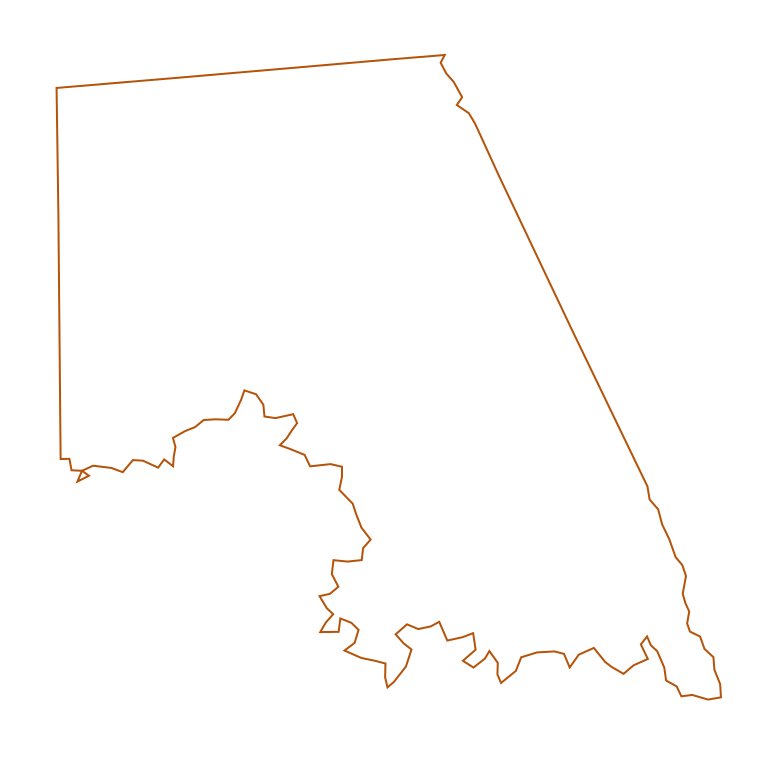 the district of Vera Cruz do Oeste, Paraná, Brazil, rotated 178°
{"feature_id": "56859067B99873353532252", "entity_name": "Vera Cruz do Oeste", "entity_type": "district", "adm_level": 2, "iso_a3": "BRA", "parent_name": "Brazil", "parent_adm1": "Paraná", "projection": "albers", "projection_center": [-53.935, -24.996], "detail": "fine", "context": "isolated", "style": "outline", "palette": "amber", "viewbox_px": 768, "rotation_deg": 178, "n_neighbors": 0, "source": "geoboundaries", "source_scale": "gbopen_adm2", "svg_char_len": 1916}
<svg xmlns="http://www.w3.org/2000/svg" viewBox="0 0 768 768"><g transform="rotate(178 384 384)"><path d="M709.8,320.3L701.0,320.2L699.3,308.7L688.8,307.8L677.6,312.5L659.3,309.6L648.2,305.0L637.6,316.7L627.6,315.8L612.7,308.3L606.3,316.3L597.7,309.2L596.6,318.8L594.6,328.3L596.8,337.5L584.6,343.8L574.4,347.5L565.4,354.3L553.6,354.6L540.7,353.7L534.1,360.0L527.5,372.9L523.7,382.5L512.2,378.2L505.3,367.5L504.6,355.7L493.7,353.7L475.8,357.0L472.2,347.9L477.5,341.1L483.2,333.1L490.2,326.4L480.5,322.5L465.8,315.9L460.7,304.3L440.2,305.8L428.9,302.8L429.2,292.9L432.4,279.8L419.4,265.4L416.7,255.9L411.6,241.3L402.8,229.0L410.6,220.7L412.4,208.8L426.7,207.8L440.6,209.7L442.8,195.9L436.7,183.0L445.3,176.2L455.8,174.2L448.9,161.8L442.8,155.7L450.6,147.5L456.3,138.3L438.0,137.9L435.8,151.2L425.0,146.5L418.0,139.2L422.4,126.3L432.8,119.0L416.2,111.0L402.3,107.6L392.3,104.6L393.1,90.8L391.1,80.7L384.5,85.9L371.9,100.9L365.8,117.7L373.6,124.3L381.1,133.4L369.4,143.0L358.3,137.9L345.8,140.1L337.1,144.4L329.7,125.4L314.4,128.2L303.6,131.9L301.7,115.3L314.8,104.6L304.4,97.5L292.7,106.1L288.0,113.4L280.0,101.3L280.8,89.9L277.5,81.1L262.2,92.7L256.4,106.1L240.5,110.4L223.0,110.8L213.5,108.0L208.3,94.2L198.8,106.7L183.5,112.9L172.7,98.5L166.4,93.3L154.7,86.0L144.3,94.2L129.9,100.0L136.4,114.8L129.9,122.5L126.4,113.5L120.3,107.5L113.8,90.9L112.4,77.8L102.1,71.6L97.7,61.5L86.8,62.5L71.2,57.3L58.2,59.1L58.5,72.2L63.8,87.0L64.3,99.5L73.0,108.1L76.9,120.6L86.9,125.9L89.4,134.1L86.9,146.0L90.3,154.1L92.8,163.8L88.9,181.6L92.2,192.6L98.6,200.8L104.2,218.6L110.9,233.9L114.4,249.2L122.6,259.3L124.3,272.6L127.8,280.4L194.0,430.9L261.8,587.9L279.3,630.0L284.0,641.2L289.8,651.7L301.5,660.3L295.9,667.9L303.7,683.3L310.9,692.1L316.2,703.1L311.8,710.7L363.3,708.3L570.8,697.7L700.9,691.3L703.5,564.9L709.8,320.3ZM688.8,307.8L693.8,297.2L682.1,302.6L688.8,307.8Z" fill="none" stroke="#b45309" stroke-width="2"/></g></svg>